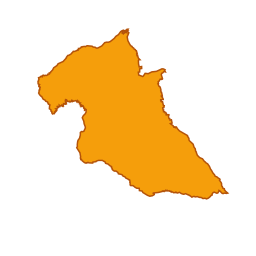 Jombang, Jawa Timur, Indonesia (Natural Earth projection), rotated 341°
{"feature_id": "22746128B39847330151566", "entity_name": "Jombang", "entity_type": "district", "adm_level": 2, "iso_a3": "IDN", "parent_name": "Indonesia", "parent_adm1": "Jawa Timur", "projection": "natural_earth1", "projection_center": [112.264, -7.561], "detail": "fine", "context": "isolated", "style": "filled", "palette": "amber", "viewbox_px": 256, "rotation_deg": 341, "n_neighbors": 0, "source": "geoboundaries", "source_scale": "gbopen_adm2", "svg_char_len": 5711}
<svg xmlns="http://www.w3.org/2000/svg" viewBox="0 0 256 256"><g transform="rotate(341 128 128)"><path d="M57.4,57.0L58.5,58.1L57.7,58.5L57.2,59.7L57.4,60.1L57.9,59.9L58.2,61.0L57.1,62.4L57.1,63.1L56.3,63.2L55.5,65.2L54.9,65.8L55.2,67.6L56.0,69.5L56.6,70.0L57.2,73.2L58.6,74.6L58.9,75.9L60.4,77.1L60.3,78.3L60.8,78.9L60.5,79.5L61.7,80.8L61.0,81.7L59.9,84.2L61.0,85.6L60.7,87.1L61.3,87.6L60.9,89.0L61.2,90.1L61.8,89.9L62.7,90.5L64.0,89.6L63.7,89.2L63.8,88.9L65.1,89.0L65.6,88.7L65.8,88.4L65.3,88.1L65.5,87.9L66.4,88.2L66.8,87.4L66.2,86.4L67.0,86.6L68.2,85.9L68.1,84.6L68.7,84.7L69.0,85.6L69.4,85.2L70.2,85.6L70.5,84.1L71.2,85.2L72.7,85.1L72.8,85.8L73.4,86.4L73.6,86.1L73.5,85.3L74.1,85.9L74.3,84.9L74.8,84.6L75.0,83.9L75.7,84.3L76.2,85.1L77.6,85.2L77.7,84.7L77.2,83.9L77.8,83.6L77.5,82.8L77.5,82.0L78.2,80.8L79.1,81.3L78.9,81.9L79.2,82.3L79.0,83.0L79.6,82.8L80.1,83.6L81.4,83.7L81.6,84.6L82.7,84.2L83.1,84.5L83.6,83.7L84.1,84.8L84.7,84.2L85.0,84.9L87.7,85.1L88.2,86.8L88.7,86.2L88.5,85.9L89.2,85.6L89.2,86.3L90.0,86.7L89.6,87.5L90.3,87.9L90.4,88.7L90.8,88.8L90.0,89.3L91.0,90.3L90.5,90.7L90.8,91.3L90.4,91.1L90.3,91.4L91.4,91.6L91.2,92.3L90.9,92.5L92.0,92.8L92.0,91.7L92.7,92.2L92.7,93.2L93.0,93.7L92.6,94.8L93.3,95.2L92.7,97.1L93.7,97.0L94.0,96.4L94.5,97.0L93.4,99.5L91.9,100.8L89.9,101.7L88.1,103.4L88.4,107.3L87.9,109.7L88.0,112.8L87.7,114.1L85.2,116.7L83.8,116.7L82.9,116.2L81.5,116.7L80.6,119.2L78.8,121.9L76.8,123.3L76.0,124.4L74.7,127.0L74.1,129.0L73.1,129.9L74.5,135.8L73.8,140.0L73.2,140.8L73.1,142.5L73.7,142.5L74.0,144.0L75.6,146.6L76.9,147.6L77.3,147.3L78.7,147.8L79.0,147.5L79.9,148.3L82.8,149.5L83.3,149.6L83.7,148.8L86.8,149.4L87.2,149.0L89.5,149.0L93.2,150.3L95.3,152.7L95.3,154.1L97.3,155.5L98.7,157.9L99.6,158.8L99.9,159.5L99.4,160.1L99.9,161.1L99.6,162.1L100.5,163.7L101.6,164.6L102.5,164.7L102.8,165.0L104.0,166.8L104.0,168.2L106.4,169.6L107.3,170.5L107.7,172.0L109.1,173.0L109.7,174.7L111.4,176.3L111.7,177.1L112.6,177.5L112.5,179.0L112.0,180.2L112.2,180.5L111.5,182.5L111.7,183.2L114.1,184.2L115.4,186.4L116.7,187.8L119.0,188.7L118.4,190.9L120.8,192.2L121.1,193.9L122.2,195.2L124.5,198.0L126.4,199.6L129.1,200.0L131.2,199.5L131.3,199.1L130.6,197.8L130.8,197.7L135.5,198.8L139.6,199.2L139.9,198.8L140.8,198.9L141.0,199.1L140.8,199.4L141.5,199.8L141.8,199.4L142.3,199.6L142.9,199.3L142.9,199.7L143.6,199.9L143.8,199.4L144.5,199.9L144.8,199.8L145.0,200.4L145.5,200.4L146.6,201.2L147.0,201.0L147.7,202.2L148.0,202.1L148.1,202.4L148.3,202.2L148.6,202.7L149.3,203.0L150.0,204.0L151.7,204.5L152.4,204.2L152.7,204.6L152.5,204.8L153.7,205.6L155.8,205.6L157.0,207.3L158.6,208.5L159.2,208.8L161.2,208.9L163.1,210.8L163.6,210.9L164.0,211.8L164.5,212.0L165.9,214.2L167.5,214.0L168.6,214.4L169.0,215.0L171.2,215.4L173.0,216.9L174.6,217.5L175.9,219.1L177.9,219.5L179.2,220.6L181.0,220.5L182.8,219.9L185.0,218.7L185.7,218.8L186.3,217.5L187.5,216.8L188.6,216.7L190.6,218.5L191.7,218.7L193.3,217.5L193.7,216.7L194.4,217.5L195.6,220.2L196.5,221.0L197.9,220.9L199.8,221.9L201.1,222.0L199.5,219.3L199.4,218.6L199.0,218.2L199.3,216.8L198.1,215.8L198.1,214.0L197.7,213.3L198.4,210.8L198.3,209.9L197.5,207.2L198.2,206.7L198.1,205.9L197.1,204.8L196.1,203.1L194.7,202.0L194.6,200.5L193.6,198.0L193.1,194.9L192.7,194.1L192.5,190.8L191.6,187.7L190.4,186.4L190.1,185.4L189.4,184.6L188.4,181.4L186.1,179.3L184.7,176.4L184.6,173.5L184.8,173.0L184.4,172.0L184.8,169.5L184.2,167.7L184.3,164.5L181.9,160.0L181.8,159.1L182.2,157.6L181.6,155.0L181.8,154.5L175.7,147.5L174.5,144.8L174.1,142.8L173.1,142.4L172.8,142.9L172.4,142.3L172.2,142.5L171.6,142.2L171.4,140.6L169.5,137.7L171.3,137.7L171.7,134.4L170.3,134.2L170.5,132.7L169.8,132.4L169.8,132.0L170.2,129.6L171.0,129.1L171.0,128.7L169.0,128.0L168.5,128.1L168.3,127.9L169.0,127.2L168.8,125.8L168.0,125.7L168.0,124.6L166.9,124.2L167.5,122.6L167.1,122.5L167.3,120.5L167.5,120.1L168.6,120.3L169.5,118.7L168.8,118.4L169.2,114.4L168.2,114.1L168.3,113.0L167.8,112.9L168.1,111.9L170.6,112.5L170.7,112.1L170.4,109.7L169.8,109.2L169.9,108.6L170.9,108.8L171.3,105.5L171.3,105.2L171.0,105.1L171.1,103.2L171.5,102.9L171.7,100.5L171.6,99.4L170.9,98.6L170.7,95.9L171.3,95.9L171.6,94.1L172.5,93.9L174.4,92.3L175.5,93.0L176.3,93.0L176.3,92.3L176.7,92.3L176.8,88.5L177.6,87.3L178.8,87.2L180.3,86.3L181.6,87.1L181.4,85.4L182.0,85.0L180.9,83.8L179.4,83.1L173.4,83.7L168.8,82.7L164.8,83.2L162.0,81.9L159.5,83.8L158.7,84.1L155.4,81.4L155.9,78.6L157.3,78.8L158.3,75.9L160.3,76.2L160.9,74.3L158.5,73.9L158.8,70.9L159.8,67.6L160.4,67.0L161.5,67.3L160.5,65.2L160.7,62.6L160.1,62.5L160.4,60.7L160.9,60.8L161.1,57.7L160.6,57.4L160.4,56.2L159.6,55.5L159.4,54.3L158.6,53.3L158.3,52.1L157.9,52.0L157.0,49.9L156.3,45.4L156.9,41.6L159.8,38.2L159.3,37.4L159.3,36.3L158.5,36.0L159.9,35.6L159.5,35.1L160.2,34.6L159.2,34.3L158.1,34.9L156.4,34.9L156.5,35.4L157.4,35.2L157.3,35.6L157.5,35.8L157.0,35.9L157.5,36.4L157.0,36.4L157.2,37.0L156.5,36.5L155.8,37.0L155.3,36.6L154.3,37.5L153.9,37.0L154.1,35.7L153.6,35.9L153.9,35.0L155.4,34.9L155.9,35.4L156.2,35.0L155.5,34.0L153.9,34.1L152.4,34.5L149.4,36.6L146.3,37.4L144.2,38.8L139.3,40.5L137.3,40.5L135.8,39.9L133.8,39.7L129.9,41.9L125.8,42.5L124.6,42.4L123.9,41.9L123.2,40.9L121.5,40.2L120.7,39.0L116.1,36.9L114.1,37.2L113.7,36.8L111.7,36.3L110.9,36.5L110.3,36.1L109.9,36.6L108.7,37.0L107.1,36.7L107.1,37.5L106.1,38.2L105.6,37.7L105.2,38.1L102.4,38.2L101.2,37.7L99.9,38.7L99.4,38.7L98.2,39.5L95.7,40.0L94.7,39.8L92.6,41.2L92.5,41.7L88.3,44.0L82.8,44.5L81.2,45.8L77.3,46.9L75.6,48.6L73.0,49.9L72.7,50.5L71.4,50.3L71.2,51.3L69.7,51.0L69.4,51.7L67.7,51.7L66.9,51.2L65.7,51.3L65.4,50.6L64.9,50.4L64.5,50.8L63.8,50.7L63.6,51.6L62.1,50.8L61.3,51.4L59.8,51.3L59.6,53.1L58.9,53.6L58.7,54.4L58.1,54.6L57.4,57.0Z" fill="#f59e0b" stroke="#b45309" stroke-width="1.5"/></g></svg>